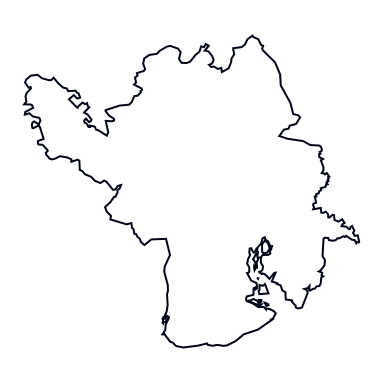 Port Loko, Northern, Sierra Leone, rotated 269°
{"feature_id": "65957751B90762568654783", "entity_name": "Port Loko", "entity_type": "district", "adm_level": 2, "iso_a3": "SLE", "parent_name": "Sierra Leone", "parent_adm1": "Northern", "projection": "albers", "projection_center": [-12.858, 8.766], "detail": "fine", "context": "isolated", "style": "outline", "palette": "ink", "viewbox_px": 384, "rotation_deg": 269, "n_neighbors": 0, "source": "geoboundaries", "source_scale": "gbopen_adm2", "svg_char_len": 5962}
<svg xmlns="http://www.w3.org/2000/svg" viewBox="0 0 384 384"><g transform="rotate(269 192 192)"><path d="M299.2,30.4L299.7,32.5L298.3,32.7L293.8,28.4L290.7,27.2L285.2,27.9L282.6,25.7L282.3,32.3L281.4,33.7L279.0,34.7L274.9,26.7L272.3,26.2L273.5,30.8L270.4,34.0L268.7,40.7L266.3,41.7L262.1,40.0L265.4,35.4L264.2,33.7L261.8,33.0L258.9,33.5L258.5,34.2L261.1,39.8L259.7,41.0L247.7,44.6L245.6,38.8L243.4,38.8L242.2,39.3L241.8,43.4L236.8,48.0L235.6,48.5L233.7,46.5L232.0,46.8L227.9,50.2L227.0,52.4L227.5,55.0L230.1,60.8L228.7,67.8L226.8,71.9L224.4,71.9L226.3,78.2L225.3,79.9L216.0,80.2L214.8,82.8L211.7,85.2L209.0,91.3L204.9,95.1L202.5,100.5L204.9,104.3L203.7,106.7L195.6,113.0L195.9,115.4L199.4,117.9L200.2,121.2L196.8,119.8L194.9,117.4L193.0,117.6L188.5,115.4L188.5,114.0L183.2,110.1L178.4,104.8L174.1,106.3L169.6,110.6L166.0,109.9L160.8,126.1L162.0,130.9L157.2,131.4L155.8,132.9L151.2,133.6L151.0,135.3L148.4,136.5L146.0,139.1L143.1,139.9L139.8,143.5L145.3,150.5L145.6,165.2L129.4,168.9L118.1,163.5L112.9,162.8L99.3,166.2L93.3,166.2L90.2,165.2L79.5,165.7L73.5,164.7L69.6,163.0L67.5,166.7L66.4,166.7L59.9,163.4L54.5,162.9L50.2,160.0L50.2,161.5L50.9,161.5L42.8,167.5L41.5,170.5L38.3,173.3L36.7,180.7L38.2,194.9L40.3,204.4L38.9,205.1L37.9,209.8L38.7,214.8L37.6,220.6L38.0,224.4L42.3,233.2L48.7,241.1L53.3,255.6L63.1,270.2L63.4,269.4L64.1,270.8L69.2,273.6L71.5,271.7L73.6,267.7L74.4,263.8L73.5,263.8L75.8,261.8L75.7,256.5L79.8,250.3L82.0,244.7L83.4,244.1L86.6,244.9L88.2,251.7L94.6,251.9L96.5,255.4L99.8,254.9L102.4,249.6L110.1,245.6L110.4,247.2L111.7,247.9L115.8,247.9L119.2,245.9L123.7,246.8L128.0,249.0L130.3,248.2L134.5,248.7L134.7,250.3L131.4,251.7L130.2,252.8L130.5,253.7L133.6,255.0L139.3,260.2L144.5,261.8L145.5,264.0L143.5,264.3L141.2,267.2L135.3,269.9L136.5,270.7L136.6,272.0L136.0,270.7L133.0,270.1L131.9,268.6L129.1,269.3L127.8,267.2L127.8,261.6L125.4,259.6L125.3,258.4L124.5,259.8L120.0,259.6L116.4,261.8L113.0,261.1L111.1,259.3L111.0,257.9L110.2,258.0L108.8,260.3L109.4,261.1L108.3,263.7L103.8,267.9L109.8,273.0L109.9,274.2L101.2,270.2L99.3,275.6L98.6,275.2L97.1,279.0L92.0,280.6L90.3,283.6L82.9,283.9L81.9,290.1L80.8,289.8L76.2,293.8L74.7,293.8L73.7,296.0L74.6,299.9L89.0,305.9L92.0,305.1L93.1,302.7L93.9,305.9L96.1,307.8L91.6,307.5L91.3,308.3L93.1,311.3L93.1,313.1L95.3,314.7L95.9,317.8L98.4,319.1L104.0,319.7L105.4,321.7L106.1,320.1L109.1,320.7L110.4,317.4L111.3,319.2L116.3,323.1L121.4,323.8L125.6,321.4L143.0,322.7L143.9,323.9L143.7,327.4L141.5,328.1L140.8,332.1L141.4,334.9L143.3,336.8L143.0,338.0L145.1,342.7L144.3,343.9L145.5,345.2L141.4,351.3L141.1,353.7L138.0,355.3L139.2,355.9L138.5,357.2L139.2,358.3L145.7,357.0L145.3,354.1L148.4,352.3L150.5,353.7L155.2,351.4L154.3,350.0L152.3,349.3L152.1,348.3L154.7,345.6L155.2,341.0L157.0,341.7L158.4,344.0L162.1,341.7L159.8,338.0L161.6,334.0L166.4,333.6L166.7,332.1L164.0,328.8L164.5,327.7L167.2,327.8L170.0,325.5L168.9,323.0L169.1,320.9L173.8,320.5L172.6,312.9L174.4,313.7L177.1,312.8L178.4,313.4L179.1,315.9L185.3,314.7L185.4,316.3L187.6,316.1L188.5,318.7L190.4,319.0L191.7,321.2L193.5,320.8L194.9,325.6L197.2,326.2L197.4,327.7L199.2,326.6L200.6,328.6L201.5,327.7L202.9,328.8L204.5,328.3L205.0,329.5L208.6,327.1L207.3,325.5L208.3,324.5L208.6,322.1L211.8,323.9L214.8,323.8L221.4,321.4L222.7,323.6L224.5,320.0L227.6,319.7L228.1,321.2L229.8,320.3L230.8,322.3L232.4,322.6L235.1,321.6L236.2,320.2L236.9,311.1L241.0,304.0L243.6,288.4L246.5,280.2L252.8,285.1L253.6,289.6L256.6,290.9L258.2,297.2L264.7,301.4L267.0,299.3L268.1,294.6L279.5,291.9L297.0,282.6L307.9,282.2L320.2,277.3L332.7,265.1L334.5,264.7L336.9,265.7L337.8,263.7L343.6,260.9L346.0,255.8L347.3,255.3L343.9,250.2L338.5,247.5L336.0,244.2L335.0,235.6L328.9,236.6L324.7,233.8L321.2,233.4L315.0,230.8L311.4,224.0L315.6,223.4L314.6,220.0L317.1,216.0L316.6,213.4L318.8,211.2L320.0,214.2L323.5,215.9L327.5,214.6L332.3,210.9L333.1,207.2L337.9,211.3L339.7,208.3L336.6,206.6L337.5,203.7L332.3,202.0L328.8,197.7L322.4,192.5L321.1,189.1L321.3,183.8L325.3,181.3L332.0,183.1L335.6,180.5L338.5,172.7L337.7,169.2L333.8,162.3L330.7,159.2L329.8,151.7L326.4,146.6L321.1,145.4L315.8,147.3L313.8,145.9L311.9,139.1L309.4,139.5L307.3,137.0L302.4,138.0L300.4,135.9L296.4,143.4L295.0,143.9L293.8,142.4L292.5,142.6L289.2,139.3L289.0,136.1L282.9,133.3L280.4,130.7L279.7,121.3L275.4,107.1L274.3,107.0L269.9,110.4L266.4,115.4L264.8,115.3L264.1,113.1L264.6,107.0L253.2,109.3L249.8,107.8L255.4,99.4L255.9,97.3L259.1,95.9L260.1,91.0L258.7,91.2L258.8,89.7L262.4,87.7L263.2,85.9L265.2,85.4L267.2,87.2L263.7,90.3L264.8,92.3L266.3,92.7L271.3,89.0L273.3,85.5L278.5,90.8L279.4,89.4L282.7,88.6L281.7,86.7L283.3,84.0L279.5,79.7L278.2,79.3L278.3,78.6L286.9,70.6L290.9,75.6L287.4,78.9L288.4,81.8L292.7,80.3L293.3,78.6L295.3,77.3L295.0,70.1L297.7,68.6L298.8,64.7L303.3,59.9L308.7,55.7L306.3,53.2L306.3,50.8L308.4,43.9L311.9,39.5L311.1,32.8L307.2,28.1L304.3,27.0L299.2,30.4ZM138.3,261.1L130.7,261.1L129.5,262.6L130.2,266.1L133.9,268.8L139.4,267.2L142.2,264.0L138.3,261.1ZM93.0,257.8L91.7,256.8L88.7,257.6L89.3,266.7L98.7,263.4L97.0,261.3L97.8,257.9L93.0,257.8ZM129.0,255.1L123.6,251.9L121.5,253.5L114.3,255.8L120.7,255.4L123.4,256.9L126.2,256.2L130.1,256.8L129.0,255.1ZM83.9,251.8L82.6,248.3L81.0,248.6L77.1,257.9L81.8,255.5L83.9,251.8ZM82.9,259.5L82.8,256.8L80.5,257.4L81.1,259.4L82.9,259.5ZM78.4,266.4L79.8,263.7L80.1,262.7L76.8,264.2L77.4,266.6L78.4,266.4ZM117.2,252.9L116.0,252.7L112.7,253.2L115.2,254.6L117.2,252.9ZM65.8,160.3L64.3,160.8L68.0,162.3L67.4,161.3L65.8,160.3ZM95.5,255.1L94.4,253.0L93.4,253.6L94.4,255.3L95.5,255.1ZM68.7,163.4L67.9,162.8L65.4,161.8L66.9,163.4L68.7,163.4ZM133.9,256.4L132.3,255.1L131.4,256.0L133.9,256.4ZM77.4,258.5L78.6,259.6L78.6,258.0L77.4,258.5ZM62.0,160.3L61.1,160.9L62.5,161.4L62.5,161.1L62.0,160.3ZM104.0,256.6L104.6,256.8L104.9,255.6L104.0,256.6ZM68.3,164.6L68.5,163.8L67.2,163.9L68.3,164.6ZM81.7,247.5L82.5,246.8L82.3,246.3L81.7,247.5ZM64.4,164.4L63.7,163.8L63.2,163.7L63.6,164.3L64.4,164.4Z" fill="none" stroke="#020617" stroke-width="2"/></g></svg>